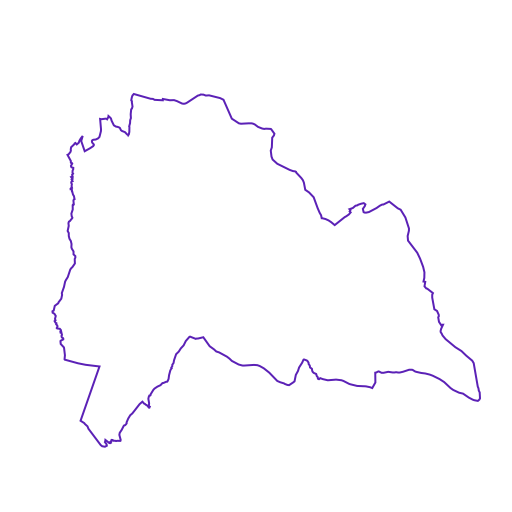 the district of Monor, Bistrita-Nasaud, Romania, rotated 84°
{"feature_id": "2599482B75795302665340", "entity_name": "Monor", "entity_type": "district", "adm_level": 2, "iso_a3": "ROU", "parent_name": "Romania", "parent_adm1": "Bistrita-Nasaud", "projection": "orthographic", "projection_center": [24.705, 46.949], "detail": "fine", "context": "isolated", "style": "outline", "palette": "violet", "viewbox_px": 512, "rotation_deg": 84, "n_neighbors": 0, "source": "geoboundaries", "source_scale": "gbopen_adm2", "svg_char_len": 6085}
<svg xmlns="http://www.w3.org/2000/svg" viewBox="0 0 512 512"><g transform="rotate(84 256 256)"><path d="M392.4,381.2L392.9,380.2L395.7,378.2L395.7,377.9L394.8,377.4L394.4,378.3L391.3,377.7L386.8,378.0L384.9,377.4L383.7,376.7L383.8,376.1L383.3,375.4L382.6,375.3L380.9,374.0L378.3,372.0L377.2,370.7L375.6,367.7L374.5,364.5L372.6,362.3L372.6,361.3L371.7,358.5L371.7,357.4L371.1,356.9L369.1,355.8L365.4,354.9L360.9,353.2L359.5,352.3L358.9,351.6L358.2,351.9L356.9,350.8L355.4,350.6L353.8,349.2L351.1,348.4L345.3,345.7L343.0,342.8L340.1,340.5L337.3,337.3L333.2,334.7L329.5,330.7L329.3,330.0L332.1,324.6L331.9,324.1L332.0,322.3L331.3,316.9L340.9,311.5L344.5,307.5L346.8,305.5L348.0,302.8L353.1,295.4L355.3,293.1L357.8,291.0L362.1,284.6L363.5,281.0L363.7,279.6L364.1,269.4L364.7,266.1L365.8,263.8L368.5,260.0L373.4,255.0L382.5,247.9L384.1,245.1L385.6,241.5L386.2,240.8L387.5,238.3L387.9,236.6L385.6,232.2L384.7,230.8L378.4,228.8L374.8,226.3L371.4,224.8L367.0,221.3L364.1,219.6L363.9,219.1L365.2,216.4L366.1,215.6L367.6,214.9L369.1,214.9L370.5,214.0L372.5,213.9L374.0,212.2L376.1,212.1L377.2,211.7L378.3,210.8L379.6,208.5L381.8,208.1L383.1,207.2L384.2,207.3L384.9,206.9L385.1,206.1L384.2,204.9L385.4,202.5L387.1,197.6L387.3,189.3L388.5,184.0L389.4,182.1L393.0,176.6L393.5,175.4L395.8,169.0L397.1,160.4L398.4,156.3L399.5,154.2L394.3,150.5L384.5,149.6L384.4,148.4L383.8,147.1L383.6,146.0L385.3,143.3L385.5,141.4L385.0,136.6L386.1,132.3L386.3,130.5L386.2,128.8L386.8,126.6L386.9,125.1L386.5,121.9L385.1,115.5L385.4,113.1L385.6,112.2L387.5,109.8L388.0,108.6L389.6,103.9L390.5,100.0L392.1,95.6L393.5,92.8L397.6,86.3L401.1,82.0L407.7,76.3L409.8,73.9L413.2,68.3L414.5,64.5L419.1,59.1L421.5,55.5L422.2,54.1L423.3,50.5L422.2,48.9L421.0,48.1L415.1,47.8L413.1,48.5L410.8,48.6L409.1,49.1L385.3,50.7L382.7,51.9L377.0,57.4L372.0,61.6L367.5,67.3L358.5,76.1L354.5,78.8L352.4,79.5L351.3,80.2L350.0,80.3L347.8,79.5L343.9,77.2L343.8,78.7L344.1,79.1L340.6,80.9L336.0,81.2L335.0,80.5L333.6,80.4L329.6,81.7L327.6,84.2L315.8,85.1L312.9,84.8L311.4,83.9L306.4,89.1L306.1,90.0L303.8,91.6L299.4,90.4L298.9,92.1L295.4,90.9L289.8,90.2L284.3,90.9L275.8,93.1L269.6,95.3L256.6,103.2L252.0,103.1L246.9,101.3L244.6,101.0L233.3,103.4L225.1,107.3L223.4,110.0L215.8,117.8L218.1,123.9L218.0,125.1L218.9,127.5L220.9,131.1L224.1,139.1L224.4,142.1L224.1,143.7L223.6,144.4L220.3,144.8L217.8,142.6L216.1,141.8L214.7,143.3L215.0,146.0L215.7,149.1L216.2,149.8L216.4,151.8L218.4,154.7L219.2,158.1L220.2,157.3L221.4,158.2L222.5,157.3L224.4,159.3L226.0,162.2L226.6,163.7L233.5,174.5L230.3,177.6L228.2,180.1L226.5,183.0L225.4,186.0L225.3,186.7L222.3,187.0L219.6,188.2L214.8,189.7L203.6,192.5L198.3,196.6L195.3,200.1L188.1,200.7L185.6,201.4L183.3,202.7L177.2,207.3L176.5,207.4L176.0,208.1L175.4,210.4L173.9,213.5L166.5,225.2L161.8,229.4L158.7,230.2L152.7,230.3L149.6,228.9L140.0,227.5L138.0,225.6L136.3,224.9L131.4,227.7L131.1,228.4L130.4,232.8L130.5,234.5L129.9,236.5L127.8,240.5L125.0,243.5L124.1,245.1L123.6,246.5L123.3,249.1L122.9,257.1L122.3,259.1L116.9,265.7L97.2,272.0L95.2,275.2L91.3,285.9L91.2,289.1L90.0,291.5L89.6,294.2L90.1,295.2L90.4,297.1L96.3,308.5L96.9,310.0L97.1,311.7L96.7,313.5L93.7,318.4L92.4,321.2L92.1,325.4L90.1,332.2L91.4,332.4L90.1,340.5L89.0,342.1L88.6,344.4L82.1,360.6L83.5,362.1L85.2,362.9L88.1,363.8L89.1,363.2L89.7,363.4L94.5,363.2L96.4,364.0L97.1,364.8L101.9,365.8L105.8,366.0L107.7,366.9L110.8,367.4L113.9,368.6L114.4,368.4L119.3,369.0L121.6,369.7L122.6,370.5L122.1,370.7L121.7,371.4L119.1,373.4L117.6,376.3L116.7,377.2L114.4,378.0L113.9,378.6L113.1,380.2L112.7,381.7L111.2,383.7L106.3,385.5L104.4,385.8L103.4,386.3L101.4,388.1L102.5,388.4L104.5,389.8L103.9,390.4L103.7,391.3L103.8,395.5L103.4,396.7L113.9,396.9L115.7,397.2L119.8,398.7L121.3,399.3L122.6,400.9L123.4,403.2L123.4,405.6L123.7,406.6L124.5,407.2L126.0,407.1L128.0,405.7L128.6,405.6L129.7,406.4L131.5,409.8L133.9,415.4L123.4,417.8L118.5,415.8L120.8,418.0L122.8,419.5L124.8,420.4L126.3,422.6L124.7,423.8L125.1,424.6L125.9,425.1L128.5,428.5L130.6,429.1L131.9,429.1L133.2,429.7L135.3,431.8L135.7,432.9L142.2,430.2L143.4,430.4L144.1,430.2L144.4,429.3L144.9,429.1L147.0,430.6L147.9,430.5L148.5,430.2L149.2,428.5L150.6,428.7L152.0,429.5L154.1,429.8L155.0,429.3L156.0,430.4L158.1,430.0L158.2,430.8L158.0,431.3L158.1,431.6L160.2,430.3L160.5,430.5L160.3,431.1L160.6,431.4L162.4,430.6L162.7,431.5L163.2,432.0L164.0,432.1L165.3,431.6L167.2,432.1L169.2,431.8L169.4,432.0L169.0,432.3L169.1,432.8L169.7,433.4L170.3,433.4L170.5,432.4L171.1,432.1L172.6,432.3L172.8,432.0L175.7,431.6L177.4,430.8L180.5,430.5L180.8,431.3L181.9,431.8L185.7,431.8L186.1,432.2L185.9,432.8L186.2,433.0L190.6,433.4L194.6,435.2L197.4,435.1L198.6,434.6L199.2,434.8L200.6,436.3L201.7,437.3L202.3,438.5L203.7,439.1L206.5,439.1L211.4,440.7L213.6,439.8L216.5,440.1L219.4,439.7L221.7,438.6L224.8,438.2L228.0,438.7L229.5,438.4L232.4,437.0L235.3,437.3L237.2,435.7L238.7,435.8L240.0,436.6L244.5,436.9L247.9,439.8L248.7,440.9L250.0,442.1L257.3,445.4L260.1,447.6L261.5,448.5L266.7,450.2L272.6,453.0L274.4,452.9L278.1,454.1L281.4,457.2L282.3,457.6L284.5,461.3L289.1,462.9L289.7,464.2L291.1,464.2L292.4,462.5L294.7,461.4L297.6,462.5L299.0,462.1L299.7,463.1L301.3,462.4L302.0,461.5L303.0,461.9L304.3,460.9L305.4,460.8L306.8,461.7L307.3,461.3L307.9,458.7L309.3,457.8L310.8,458.5L311.5,458.4L311.1,457.6L314.2,457.2L315.1,457.8L316.2,457.7L316.7,457.6L317.5,456.5L317.9,456.3L318.8,456.4L319.9,459.2L320.6,459.4L323.1,459.4L326.8,456.6L327.7,456.5L334.8,456.4L338.7,457.2L339.1,457.0L344.1,444.2L346.4,436.8L349.5,423.2L401.5,447.7L404.3,444.2L405.1,443.8L407.8,441.4L410.3,440.7L427.8,430.2L429.1,428.9L429.9,426.2L429.1,424.2L427.6,424.3L425.3,425.7L424.9,425.4L423.2,425.0L426.7,421.4L426.9,420.6L426.6,419.9L425.7,420.3L425.3,419.2L424.5,419.3L423.8,418.9L424.0,417.8L424.9,416.9L425.0,415.5L425.4,414.6L425.3,413.2L425.7,410.2L424.8,409.8L419.6,410.6L417.6,410.0L414.8,407.7L411.1,405.3L410.7,404.8L410.6,403.9L409.6,402.7L408.8,402.1L407.9,402.1L404.2,400.0L401.2,397.7L399.6,395.4L391.1,387.2L389.0,384.2L391.1,382.7L391.7,381.7L392.4,381.2Z" fill="none" stroke="#5b21b6" stroke-width="2"/></g></svg>